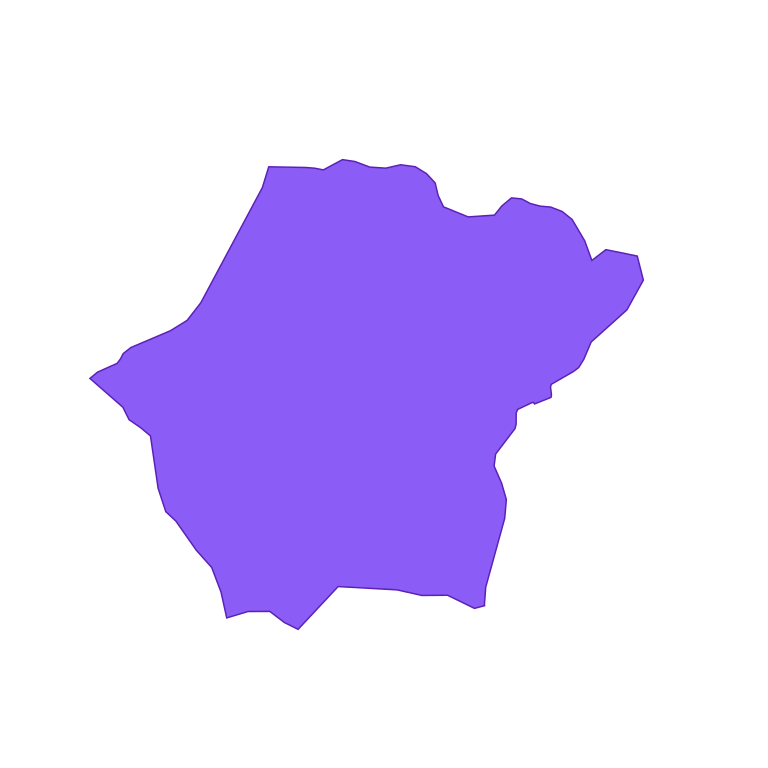 the border of Ruyigi, rotated 343°
{"feature_id": "BDI-2635", "entity_name": "Ruyigi", "entity_type": "Province", "adm_level": 1, "iso_a3": "BDI", "parent_name": "Burundi", "parent_adm1": "", "projection": "mercator", "projection_center": [30.363, -3.445], "detail": "fine", "context": "isolated", "style": "filled", "palette": "violet", "viewbox_px": 768, "rotation_deg": 343, "n_neighbors": 0, "source": "natural_earth", "source_scale": "10m", "svg_char_len": 1203}
<svg xmlns="http://www.w3.org/2000/svg" viewBox="0 0 768 768"><g transform="rotate(343 384 384)"><path d="M635.5,320.4L663.6,335.7L662.4,360.5L638.0,384.1L594.4,404.4L582.3,418.8L575.0,425.2L568.6,427.5L543.9,433.2L542.4,435.5L540.9,443.6L539.8,445.6L522.1,447.1L521.6,445.3L519.8,445.1L504.4,447.4L502.0,450.3L498.5,461.3L496.2,465.0L470.3,483.6L465.3,494.7L467.5,513.4L467.2,530.4L460.2,547.7L421.9,608.0L415.4,624.7L415.4,625.4L414.9,625.4L404.9,625.0L383.0,604.6L358.4,597.3L336.3,584.7L280.9,564.3L230.1,593.5L219.0,583.0L208.3,568.1L187.4,561.8L165.2,561.7L167.3,535.3L165.6,509.2L155.9,488.1L144.9,454.3L138.0,442.3L137.5,417.6L145.5,365.4L138.2,354.2L129.8,343.7L127.5,329.9L104.4,292.7L113.5,288.9L134.9,286.2L139.5,282.8L143.6,278.6L152.7,275.1L195.2,270.6L214.3,265.6L232.5,252.8L325.1,160.6L337.3,142.6L372.6,154.1L380.9,157.4L388.6,161.5L409.9,157.3L421.2,162.7L433.8,172.4L448.8,178.1L464.0,179.2L477.5,185.4L486.1,195.2L491.7,206.7L490.9,219.6L492.7,232.0L513.3,248.8L539.0,254.8L548.7,248.2L560.3,243.3L569.7,247.2L576.6,254.1L585.4,259.6L595.1,263.5L604.9,271.2L612.0,281.7L617.8,305.7L618.9,326.6L635.4,320.4L635.5,320.4Z" fill="#8b5cf6" stroke="#5b21b6" stroke-width="1.5"/></g></svg>